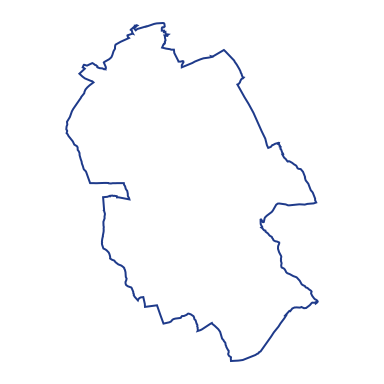 the district of Susani, Vâlcea, Romania
{"feature_id": "2599482B57845502750026", "entity_name": "Susani", "entity_type": "district", "adm_level": 2, "iso_a3": "ROU", "parent_name": "Romania", "parent_adm1": "Vâlcea", "projection": "natural_earth1", "projection_center": [24.105, 44.597], "detail": "fine", "context": "isolated", "style": "outline", "palette": "blue", "viewbox_px": 384, "rotation_deg": 0, "n_neighbors": 0, "source": "geoboundaries", "source_scale": "gbopen_adm2", "svg_char_len": 5907}
<svg xmlns="http://www.w3.org/2000/svg" viewBox="0 0 384 384"><path d="M317.5,302.0L317.7,301.4L317.3,300.8L316.5,300.0L314.9,299.2L314.1,298.4L312.2,295.8L311.1,293.5L311.1,293.0L311.6,291.7L311.3,291.1L310.9,290.7L308.8,289.2L307.4,287.9L306.2,287.6L305.6,287.2L304.9,286.1L302.3,284.8L301.5,284.0L299.8,280.8L296.8,277.5L296.1,277.1L293.3,276.1L289.7,274.1L287.3,273.2L286.2,272.2L285.3,270.3L284.5,269.1L283.7,268.4L281.7,267.5L281.4,266.9L281.2,265.3L281.6,263.2L280.9,260.8L281.1,259.9L280.9,259.0L281.3,256.7L281.1,256.0L279.1,252.2L278.0,248.8L278.1,246.2L279.2,243.5L279.2,242.5L276.9,241.5L275.4,241.3L273.7,240.4L273.3,239.9L272.9,238.8L272.3,238.2L272.0,237.2L271.5,236.7L270.0,235.9L269.1,235.0L268.0,233.5L265.6,231.7L265.4,230.6L264.4,230.4L264.0,230.2L262.0,227.9L261.6,227.6L261.4,227.5L262.2,226.9L260.9,224.7L260.7,223.9L260.6,221.4L260.6,219.6L261.0,219.4L261.5,219.9L262.8,222.1L263.2,222.2L263.8,222.0L264.6,218.4L265.0,217.5L266.8,215.7L271.7,212.0L272.9,210.5L276.2,204.7L277.8,203.6L279.3,203.5L285.7,204.4L288.0,205.3L289.7,205.3L299.4,204.3L304.8,204.6L307.4,203.9L313.6,203.4L316.2,202.5L315.1,200.2L315.1,198.5L314.9,198.1L312.9,192.9L312.2,191.8L310.9,190.4L310.5,189.5L308.3,183.7L305.7,180.4L304.9,177.7L305.1,177.2L305.0,176.9L303.0,171.8L300.7,169.1L298.6,168.8L297.6,168.3L296.4,165.9L295.6,165.2L294.4,164.6L292.1,162.8L289.6,161.4L288.8,161.2L287.9,161.6L287.4,161.3L285.7,159.0L284.1,157.6L282.3,154.4L283.2,154.2L283.1,153.8L282.1,152.3L281.1,149.4L280.5,149.0L280.4,148.7L280.6,146.9L279.7,146.6L279.9,145.7L279.8,145.4L278.4,144.2L278.9,143.8L279.0,143.2L278.0,143.5L278.0,143.0L275.1,143.8L273.2,144.9L272.3,145.1L270.8,146.9L268.2,147.9L266.9,145.1L265.3,138.7L261.6,131.1L253.4,112.7L248.6,103.9L244.5,97.2L237.4,84.5L238.7,83.9L239.9,82.4L240.4,80.9L241.2,79.4L241.8,78.8L243.0,78.3L243.7,77.5L242.7,77.2L241.9,75.3L241.5,73.8L240.9,72.9L240.4,71.2L239.3,69.0L236.8,64.7L234.6,61.6L234.2,60.6L225.2,51.2L223.9,50.0L213.3,56.2L212.0,56.5L211.6,56.4L212.0,56.9L208.7,57.6L203.5,58.3L200.5,59.3L195.0,61.5L192.3,63.0L181.8,67.3L181.8,65.1L183.5,62.2L183.3,61.3L182.6,61.1L180.7,61.6L178.5,61.6L178.2,60.7L174.3,53.0L173.9,49.7L171.3,49.7L170.0,49.2L166.1,48.6L162.1,47.6L163.4,44.6L163.7,44.5L163.9,43.9L164.4,43.9L164.8,43.5L165.0,42.7L164.8,42.1L165.0,41.2L165.5,40.6L165.5,40.1L165.0,37.9L164.8,36.0L164.6,35.6L167.3,35.9L167.5,35.1L168.3,34.5L165.6,34.1L165.4,31.8L163.9,32.1L164.0,30.7L161.8,30.7L161.8,28.3L162.1,27.5L162.9,27.2L163.7,27.4L164.7,26.5L164.4,23.9L163.9,23.2L163.0,23.0L156.7,23.4L154.2,23.9L147.2,26.3L146.2,26.6L146.2,26.4L137.3,29.0L135.7,30.3L134.3,28.6L134.3,28.4L135.2,27.2L136.1,26.6L136.4,26.0L137.3,25.5L136.7,25.2L135.2,25.7L134.8,25.7L134.8,26.2L131.1,29.5L130.8,29.6L130.7,29.8L131.5,30.4L132.1,31.2L132.1,32.2L133.0,33.8L132.7,33.7L132.1,33.8L127.5,35.3L127.4,35.6L127.9,36.9L129.0,38.0L120.8,41.7L115.6,44.6L115.2,45.6L115.0,47.2L115.0,48.7L113.5,51.3L112.4,54.9L111.5,57.0L110.8,57.8L109.2,59.2L104.1,62.1L103.8,62.5L105.8,67.0L105.9,68.1L105.4,68.4L105.1,68.9L105.3,69.3L103.9,69.2L102.5,68.4L99.8,68.2L97.8,67.5L97.3,67.2L97.4,66.4L96.0,65.2L95.3,65.1L93.3,63.6L92.3,63.1L87.0,65.6L84.2,64.8L83.9,64.8L83.6,65.2L82.7,67.4L83.9,68.0L84.8,68.7L79.4,73.7L82.5,76.6L84.9,78.4L90.9,80.9L92.3,81.3L93.5,82.4L89.6,85.3L87.3,87.4L85.5,89.5L84.5,91.8L84.2,93.3L81.2,97.0L81.1,97.5L73.3,108.8L71.9,111.3L69.9,117.0L67.0,121.8L67.3,124.6L66.6,126.4L66.3,129.2L66.4,129.6L67.0,130.3L67.2,131.0L66.6,133.2L67.6,134.2L68.5,136.0L72.8,141.4L74.3,144.6L76.8,146.1L77.6,147.3L77.7,149.9L78.7,151.2L79.5,153.0L79.6,155.2L80.7,159.1L81.6,161.6L81.9,163.6L82.8,165.9L83.6,168.7L83.9,169.4L85.8,171.3L86.2,172.1L90.1,183.1L96.8,183.2L105.1,182.9L108.4,183.0L108.7,183.3L110.9,183.5L112.7,183.2L123.8,183.1L124.1,184.8L125.1,186.3L125.7,188.7L126.3,189.7L127.2,190.9L127.8,193.8L127.8,195.5L128.0,196.3L129.0,198.0L129.4,199.4L118.5,197.3L117.0,197.4L116.8,196.2L114.4,195.8L113.2,195.9L112.6,195.6L110.8,195.7L110.1,196.3L109.7,195.9L107.4,196.8L103.1,197.2L104.1,210.1L103.8,210.4L104.1,210.9L104.9,213.6L104.9,214.5L104.5,216.6L104.6,218.3L103.4,221.8L103.5,225.6L103.8,227.1L103.6,228.5L103.7,229.9L103.6,231.7L102.8,236.0L102.9,236.6L102.7,236.9L102.2,239.2L101.9,242.0L102.1,242.6L101.9,243.6L102.1,244.7L103.4,248.5L105.3,249.4L106.6,250.3L108.7,252.5L109.4,254.0L110.0,256.1L110.2,257.3L110.1,258.5L111.9,259.7L114.3,260.6L115.5,262.2L118.3,264.4L121.4,265.6L123.6,267.3L124.2,268.0L124.2,268.5L124.9,269.8L125.5,272.2L125.8,276.9L126.6,278.7L126.2,280.4L125.5,282.0L125.6,283.7L125.9,284.5L126.2,285.1L127.9,286.3L131.3,287.5L131.7,288.1L133.3,292.0L133.3,293.2L133.9,294.2L133.7,295.1L134.7,296.8L137.9,300.4L138.3,299.3L139.4,298.1L140.7,297.4L143.3,297.1L144.8,303.8L145.0,306.9L157.0,305.3L160.3,314.8L163.5,323.6L169.3,322.3L171.0,321.5L172.5,319.7L173.6,319.1L175.3,318.6L180.1,318.0L180.8,317.8L181.1,317.4L181.3,316.8L181.9,316.1L183.9,316.0L186.7,314.8L187.7,313.8L188.6,313.6L190.7,314.3L193.5,316.2L194.1,317.5L194.3,318.9L194.6,319.4L195.6,320.3L196.7,324.0L197.0,324.2L197.4,325.2L197.2,326.5L197.7,327.5L197.6,328.2L197.9,330.3L197.6,331.0L200.5,330.1L201.9,329.4L210.4,323.8L211.9,323.0L212.2,323.8L214.7,325.8L218.3,329.2L220.1,331.8L222.1,338.6L223.6,340.3L223.9,341.1L225.1,342.5L225.4,343.1L225.6,344.9L226.1,345.9L226.4,347.1L228.0,350.0L228.6,350.6L228.7,352.4L228.2,353.7L228.2,354.3L228.8,355.5L229.4,356.2L230.9,357.1L231.0,357.6L230.8,358.6L231.0,361.0L238.5,360.6L242.8,360.0L255.4,355.0L257.2,353.8L257.8,353.7L258.6,353.1L258.7,352.6L259.0,352.3L260.6,351.4L271.1,336.6L273.8,332.4L278.5,326.6L280.5,323.4L284.4,318.2L286.1,315.5L285.3,315.4L289.4,310.9L290.2,311.2L292.3,308.5L294.5,307.5L296.7,307.4L299.7,307.6L300.7,307.4L301.4,307.0L304.0,308.2L306.1,308.0L309.8,305.2L311.5,303.2L312.3,302.6L314.4,302.8L315.9,302.1L315.9,303.4L316.5,303.0L317.5,302.0Z" fill="none" stroke="#1e3a8a" stroke-width="2"/></svg>